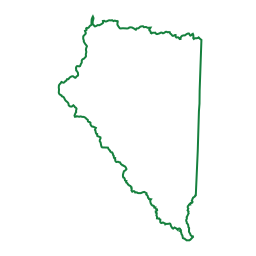 Governador Jorge Teixeira, Rondônia, Brazil, rotated 92°
{"feature_id": "56859067B13052829322579", "entity_name": "Governador Jorge Teixeira", "entity_type": "district", "adm_level": 2, "iso_a3": "BRA", "parent_name": "Brazil", "parent_adm1": "Rondônia", "projection": "orthographic", "projection_center": [-63.145, -10.822], "detail": "fine", "context": "isolated", "style": "outline", "palette": "green", "viewbox_px": 256, "rotation_deg": 92, "n_neighbors": 0, "source": "geoboundaries", "source_scale": "gbopen_adm2", "svg_char_len": 5765}
<svg xmlns="http://www.w3.org/2000/svg" viewBox="0 0 256 256"><g transform="rotate(92 128 128)"><path d="M17.8,167.0L18.6,167.4L20.6,168.1L23.4,168.2L25.7,168.1L26.5,168.5L27.0,169.3L27.6,169.9L28.7,170.6L29.2,171.0L29.4,171.8L29.4,172.7L29.9,173.3L30.7,173.0L31.3,172.8L31.8,173.3L32.4,174.4L33.3,174.1L33.9,173.7L34.6,173.5L35.2,173.6L37.9,175.9L39.9,175.9L40.9,175.7L42.0,175.2L43.2,175.2L45.5,173.7L47.3,172.1L47.8,171.9L49.1,172.4L50.8,172.8L51.8,172.7L53.4,172.3L54.1,172.4L55.6,172.7L56.6,172.7L57.4,172.5L58.1,172.6L58.8,173.2L59.6,173.9L60.3,174.5L60.9,175.8L61.6,176.3L62.2,176.6L64.0,176.5L64.6,176.7L65.6,177.3L67.1,177.8L67.8,178.1L68.1,178.7L67.9,180.7L68.1,181.4L69.2,182.0L70.1,182.1L70.9,181.8L71.6,181.9L72.3,181.8L73.0,181.0L74.5,180.0L76.7,179.7L77.4,179.9L77.8,180.6L78.3,181.2L79.6,182.2L79.5,183.0L78.8,183.9L78.2,184.8L78.3,185.8L78.9,187.1L79.6,188.0L81.3,189.3L81.3,190.6L82.0,191.0L82.7,191.2L83.2,191.8L83.5,192.4L84.2,192.9L84.9,193.7L85.0,194.3L84.3,196.1L85.8,197.0L86.2,197.5L87.7,198.5L90.0,198.6L91.9,198.3L95.1,198.4L95.9,198.1L96.8,197.5L97.3,196.6L97.7,195.6L98.6,195.3L99.0,194.1L99.4,193.4L100.3,192.8L102.2,191.8L103.0,191.1L104.3,189.4L105.2,188.6L106.0,188.3L107.5,188.0L108.4,186.8L108.6,185.6L108.5,184.9L107.2,183.4L108.0,182.5L109.1,181.7L109.5,180.9L110.0,180.4L110.6,180.1L112.4,180.5L113.1,180.6L113.8,180.3L115.3,181.2L116.7,181.6L117.2,181.9L118.6,181.5L118.5,180.3L118.0,179.6L118.3,178.3L118.4,176.8L118.1,176.2L118.1,175.4L118.5,174.2L118.4,172.9L118.6,172.2L119.3,170.8L120.3,169.9L121.2,168.5L122.7,168.3L123.2,167.7L123.4,166.5L124.0,165.7L125.5,165.7L126.5,165.2L127.4,164.5L127.9,163.8L127.8,163.0L129.0,160.1L131.0,161.0L132.1,160.3L133.1,160.2L134.1,159.9L135.0,159.3L135.1,158.6L136.1,158.6L137.2,158.3L137.4,157.4L138.0,155.9L138.3,155.2L139.3,155.1L140.7,155.7L141.5,155.8L142.4,155.7L143.3,154.9L146.1,154.3L147.7,153.8L148.3,153.1L148.3,147.4L150.0,146.5L151.3,145.1L152.0,145.0L153.0,143.7L153.0,142.9L154.3,142.2L155.4,142.1L155.9,141.5L156.5,141.2L157.1,141.3L158.1,141.0L158.7,140.6L158.6,139.9L159.2,140.0L159.7,139.6L160.4,139.7L161.3,139.5L162.2,138.8L162.4,138.2L162.1,137.0L162.2,136.2L162.6,135.6L162.6,134.8L164.4,133.7L165.0,132.7L165.5,132.3L165.5,131.5L166.1,130.8L166.3,130.0L167.3,129.0L167.8,128.7L169.1,128.1L170.2,128.9L171.4,130.6L174.7,131.4L176.0,131.4L176.7,131.3L177.6,131.0L177.8,130.2L178.6,129.6L180.4,129.2L180.9,128.5L181.0,127.8L181.7,128.0L182.5,127.9L183.0,127.0L183.6,126.4L184.4,126.2L184.7,125.5L185.5,124.7L185.8,123.6L186.6,123.0L187.1,122.4L187.8,122.7L188.4,122.2L189.3,122.2L190.2,122.4L191.5,121.5L191.0,120.6L190.9,119.8L191.4,119.0L192.2,118.6L192.0,116.9L192.5,116.3L192.7,115.5L192.7,113.3L192.5,112.6L191.7,111.0L191.3,109.6L192.5,107.2L193.3,107.1L193.9,107.4L194.5,106.6L195.3,105.9L196.2,105.7L197.0,105.6L197.5,104.8L198.4,104.5L198.6,103.8L198.3,103.1L198.4,102.5L199.0,102.9L199.7,103.2L200.6,103.2L201.3,103.0L202.4,102.7L203.1,102.2L203.7,102.0L204.7,100.8L204.7,100.1L205.2,99.3L205.8,99.1L206.5,99.0L206.4,97.9L207.0,98.0L207.8,97.3L208.2,96.9L208.3,96.2L209.3,96.0L210.0,96.7L210.3,97.4L211.7,97.2L212.1,96.3L213.6,96.4L214.3,96.6L214.9,96.2L216.1,95.8L217.3,95.9L217.4,94.8L217.3,93.8L218.1,93.4L218.4,92.5L220.8,92.5L221.6,91.9L221.8,91.0L221.2,89.8L221.5,89.0L221.9,88.4L222.1,87.7L223.0,87.4L222.5,86.3L222.4,84.5L222.0,83.1L222.2,82.5L223.1,82.0L224.0,81.8L224.8,81.4L226.4,80.3L227.0,79.4L226.4,78.7L225.8,78.0L226.6,76.4L228.0,74.8L226.9,74.3L226.6,73.1L226.9,72.5L227.7,72.1L228.3,71.5L228.9,71.7L229.2,72.3L229.6,71.5L230.3,71.4L230.9,71.1L232.2,70.8L233.5,69.9L236.1,69.3L236.4,68.6L236.6,67.5L237.2,67.0L237.7,66.1L238.2,65.6L238.2,64.8L238.1,63.9L238.2,63.0L237.8,62.5L237.6,61.9L236.4,60.9L234.6,59.2L234.0,59.4L234.0,60.4L233.4,60.9L233.0,61.6L232.4,61.9L231.6,62.1L229.8,63.3L229.1,63.5L228.3,63.4L227.5,63.5L226.4,63.4L225.7,63.5L225.2,64.1L222.8,64.5L221.6,65.2L221.1,65.9L219.9,66.0L218.8,66.6L217.8,66.6L216.8,66.1L215.7,66.0L215.1,66.3L213.4,65.4L212.0,64.9L211.3,64.4L209.8,64.9L209.2,64.6L208.2,65.6L206.4,64.9L205.7,65.4L205.1,65.6L204.1,65.5L203.4,64.8L202.5,64.4L202.3,63.2L201.6,63.5L200.7,62.7L200.8,61.9L200.3,61.2L199.6,60.9L198.5,61.7L197.6,61.3L196.9,61.2L196.1,60.8L195.3,60.5L194.8,59.7L194.0,58.7L193.1,58.5L192.9,57.9L148.5,57.5L108.5,57.7L101.2,57.4L88.1,57.7L37.4,57.7L36.0,59.6L35.4,60.1L35.0,60.6L35.6,61.2L36.0,63.2L35.9,64.0L36.2,64.8L36.7,65.3L36.0,65.9L35.2,65.9L34.3,65.8L33.5,65.9L32.4,66.1L31.6,66.5L32.2,67.4L33.0,67.9L33.5,68.9L33.0,69.4L31.5,70.3L31.4,71.1L31.8,72.1L32.2,72.8L32.9,73.7L33.5,74.5L33.5,75.8L34.0,77.2L34.7,77.9L35.9,78.6L37.2,78.6L37.3,79.4L36.7,80.0L36.1,80.3L35.6,81.2L35.9,82.8L35.2,83.5L33.4,83.7L33.5,84.5L34.1,85.5L34.4,86.3L34.0,87.1L32.8,88.1L32.2,89.0L31.5,89.4L30.8,89.6L30.7,90.6L31.0,91.5L30.5,92.9L30.6,93.8L31.1,94.4L32.0,95.8L32.1,96.6L31.5,97.5L31.5,98.4L32.4,100.0L33.1,102.0L33.1,102.7L32.6,103.5L31.8,104.0L32.0,107.1L32.6,107.7L32.2,108.5L30.9,108.8L30.3,109.2L29.7,110.0L28.9,110.2L28.3,109.7L26.9,109.0L27.2,111.6L27.0,112.3L26.4,113.5L26.5,114.2L26.7,115.6L25.8,116.5L25.9,117.7L26.2,119.1L27.7,120.7L28.1,121.4L28.2,122.9L29.5,123.6L29.0,124.6L28.6,125.1L27.7,126.9L27.4,127.6L27.3,129.1L27.5,130.2L28.2,130.9L28.5,131.8L28.6,133.1L28.5,134.2L28.5,137.1L28.8,138.8L28.6,139.7L26.7,141.2L25.1,142.2L23.3,142.2L22.6,142.0L21.7,142.0L21.4,142.7L21.6,143.5L21.2,144.6L21.2,145.3L21.7,146.1L21.3,146.9L20.8,147.7L21.1,148.6L21.0,150.6L21.3,151.4L21.7,152.1L22.3,153.5L22.3,154.6L21.7,155.5L21.9,156.8L22.8,156.6L23.9,156.7L24.3,157.1L25.3,158.5L26.3,160.3L26.2,161.8L27.5,164.0L27.6,164.7L27.1,165.3L26.4,165.8L26.0,166.5L25.2,166.9L23.9,167.0L22.1,166.9L21.6,166.7L19.7,166.3L19.1,166.4L17.8,167.0Z" fill="none" stroke="#15803d" stroke-width="2"/></g></svg>